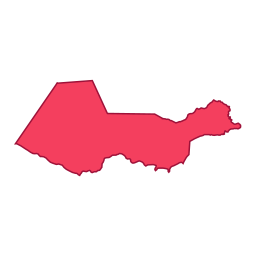 La Sorciere, Dennery, Saint Lucia (Albers equal-area conic projection)
{"feature_id": "8701671B33968538338102", "entity_name": "La Sorciere", "entity_type": "district", "adm_level": 2, "iso_a3": "LCA", "parent_name": "Saint Lucia", "parent_adm1": "Dennery", "projection": "albers", "projection_center": [-60.886, 13.974], "detail": "fine", "context": "isolated", "style": "filled", "palette": "rose", "viewbox_px": 256, "rotation_deg": 0, "n_neighbors": 0, "source": "geoboundaries", "source_scale": "gbopen_adm2", "svg_char_len": 5632}
<svg xmlns="http://www.w3.org/2000/svg" viewBox="0 0 256 256"><path d="M57.3,82.9L57.2,82.9L55.8,85.1L15.4,143.8L16.9,143.8L20.8,145.8L26.1,149.3L27.7,150.2L28.8,151.0L30.7,152.3L33.0,153.5L34.9,153.7L36.5,153.5L38.1,154.0L39.0,155.2L40.3,156.5L41.8,156.5L43.9,156.8L44.2,157.0L44.7,157.3L44.9,157.4L46.3,158.2L47.5,159.6L48.9,160.9L50.4,162.2L52.8,163.2L56.4,164.4L58.7,164.0L62.3,165.2L64.0,167.4L65.1,168.3L66.2,169.2L68.4,170.4L72.4,172.4L74.2,172.9L75.2,173.2L75.9,173.3L76.2,173.3L76.7,173.4L77.4,173.7L78.4,174.8L78.7,174.9L79.7,175.4L80.0,174.8L80.1,174.6L80.5,174.0L81.4,173.0L81.8,172.1L82.2,171.7L82.8,171.3L83.3,171.1L85.3,171.5L86.6,171.6L88.2,170.8L89.7,170.4L90.5,171.0L90.9,171.9L91.0,172.0L91.5,172.3L92.1,172.6L93.1,172.2L94.1,171.8L94.5,171.7L94.9,171.7L95.4,171.7L95.9,171.8L96.6,171.6L97.1,171.1L97.8,170.5L98.4,170.5L99.6,170.3L100.1,169.7L100.8,168.8L101.4,167.8L101.8,167.4L102.1,163.7L102.8,162.7L103.2,162.1L103.6,161.1L103.9,160.3L104.2,158.8L104.4,158.6L104.9,158.1L106.5,157.7L108.0,157.6L109.0,157.5L109.7,157.2L111.3,156.1L112.4,155.2L116.1,155.1L116.6,154.6L117.5,154.5L118.1,154.3L119.5,153.5L121.7,153.8L122.2,154.1L123.4,154.8L124.2,155.4L125.0,156.1L125.9,157.6L126.1,158.2L127.5,159.0L129.3,158.8L129.9,158.9L130.2,159.3L130.6,159.7L130.6,160.9L131.1,162.0L132.2,162.9L133.0,163.1L134.6,162.8L137.2,161.7L138.2,161.2L139.3,160.9L141.0,161.5L142.6,162.3L143.7,163.5L143.9,164.1L144.5,164.9L144.5,165.0L145.8,166.0L147.7,164.9L152.7,164.6L153.9,164.7L156.1,165.5L156.1,166.8L155.1,168.3L154.9,169.7L155.5,170.6L156.7,169.7L157.5,168.4L158.8,168.1L163.0,168.1L166.0,168.6L167.8,169.1L168.1,169.8L168.2,171.5L168.8,172.2L169.6,171.2L169.6,169.4L170.6,167.4L172.0,166.3L173.6,165.8L177.7,163.8L179.5,162.7L181.3,162.3L182.2,162.6L183.1,163.5L183.8,161.8L186.2,157.6L187.1,156.4L188.9,154.6L189.8,141.4L194.6,138.7L200.0,136.2L201.5,135.9L203.1,135.4L204.3,134.6L209.4,134.6L210.2,135.1L211.2,134.6L212.6,135.1L214.1,135.3L217.5,134.8L218.7,135.1L220.2,135.1L221.1,134.5L222.2,134.2L222.8,134.5L223.8,134.3L223.5,134.0L223.5,133.9L223.7,133.7L224.4,133.3L224.6,132.7L224.6,132.2L224.8,131.6L224.8,131.4L224.9,131.1L225.1,130.9L225.4,131.0L225.7,131.2L226.1,131.6L226.5,131.8L226.9,132.0L227.1,132.0L227.3,132.0L227.8,131.9L228.1,131.8L228.1,131.5L228.1,131.3L228.3,131.1L228.6,130.8L229.0,130.4L229.2,130.1L229.6,129.7L229.9,129.5L230.3,129.3L230.8,129.1L231.4,129.0L231.8,128.9L232.3,128.9L233.1,128.9L233.9,128.6L234.3,128.5L235.0,128.5L235.6,128.6L236.9,128.5L237.3,128.7L237.5,128.7L237.8,128.8L238.1,128.8L238.4,128.7L238.6,128.6L239.0,128.4L239.4,128.0L239.5,128.0L239.8,127.9L240.3,127.6L240.4,127.2L240.6,127.0L240.6,126.8L240.6,126.5L240.6,126.3L240.5,126.1L240.5,125.8L240.6,125.4L240.5,125.1L240.3,124.9L239.9,124.7L239.6,124.3L239.6,124.2L239.4,124.1L239.2,124.0L239.1,123.9L238.9,123.7L238.6,123.4L238.3,123.3L238.1,123.2L237.9,123.3L237.3,123.5L236.4,123.8L236.1,123.9L235.6,124.1L235.2,124.2L234.7,124.2L234.4,124.1L234.1,124.0L234.0,123.9L233.3,123.4L232.9,123.1L232.6,123.0L232.4,122.8L231.6,122.3L231.4,122.2L231.2,121.6L231.1,121.4L231.0,121.2L231.0,120.8L231.1,120.7L231.3,120.6L231.6,120.4L231.7,120.2L231.8,120.0L231.8,119.9L231.6,119.7L231.4,119.6L230.9,119.5L230.5,119.4L230.3,119.3L230.3,119.2L230.4,118.8L230.3,118.7L230.1,118.7L229.8,118.8L229.6,118.8L229.1,118.6L229.2,118.3L229.5,118.1L229.8,117.9L230.1,117.6L230.3,117.3L230.3,117.1L230.1,116.9L230.0,117.0L229.8,117.1L228.9,116.9L228.6,116.7L228.4,116.6L228.2,116.3L228.2,116.1L228.1,115.9L228.3,115.4L228.3,115.2L228.2,115.0L228.0,114.8L228.1,114.6L228.3,114.5L228.5,114.5L228.6,114.4L228.7,114.0L228.7,113.8L228.5,112.7L228.5,112.2L228.5,111.8L228.6,111.5L228.8,111.4L229.1,111.1L229.5,111.0L229.7,110.9L229.8,110.9L230.0,110.7L230.0,110.4L230.0,110.1L230.0,109.6L230.0,109.4L229.7,108.8L229.6,108.6L229.2,108.2L229.1,107.9L229.1,107.5L229.2,107.4L229.3,107.2L229.4,106.9L229.4,106.7L229.2,106.5L228.9,106.5L228.5,106.7L228.3,106.8L228.1,106.8L228.0,106.7L228.0,106.4L227.9,106.4L227.5,106.4L227.3,106.2L226.6,105.3L226.2,104.9L225.8,104.6L225.5,104.6L224.9,104.5L224.5,104.2L224.2,104.1L223.5,103.6L222.9,103.2L222.5,102.6L222.2,102.3L222.1,102.2L221.9,102.2L221.4,102.2L221.1,102.1L220.8,102.0L220.6,101.8L220.5,101.6L220.4,101.3L220.3,101.1L220.1,101.1L219.6,101.1L219.2,101.0L218.9,100.9L218.4,101.0L218.2,101.4L218.1,101.5L217.7,101.5L217.1,101.5L215.7,101.2L215.0,100.8L214.6,100.5L214.1,100.2L213.7,100.0L212.9,100.9L212.6,101.3L212.1,102.0L211.5,102.3L210.0,103.2L209.5,103.8L209.1,104.1L208.2,104.9L207.8,105.3L207.7,105.5L207.3,106.3L207.2,106.6L206.8,107.2L206.5,107.6L206.2,107.8L205.8,108.0L205.7,108.1L205.0,108.4L204.4,108.6L204.0,108.6L203.5,108.5L203.1,108.4L202.8,108.4L202.5,108.3L201.7,108.0L201.4,108.0L201.0,108.0L200.8,108.1L200.7,108.3L200.0,108.7L199.0,109.2L198.8,109.3L198.4,109.1L198.1,108.9L197.8,108.8L197.4,108.5L197.0,108.5L196.8,108.6L196.7,108.6L196.5,108.8L196.0,109.5L195.6,110.2L195.3,110.7L195.2,111.0L195.0,111.3L194.5,112.0L193.9,112.5L193.0,113.2L192.7,113.3L192.3,113.5L191.8,113.6L191.4,113.6L191.1,113.6L190.6,113.6L190.1,113.7L189.6,113.8L189.1,114.0L188.7,114.2L187.9,114.9L187.4,116.8L186.6,118.1L186.2,118.6L185.8,119.3L185.5,119.5L184.2,120.1L183.8,120.2L182.3,121.0L181.5,121.2L180.5,121.7L179.2,121.7L178.2,122.2L176.8,122.6L175.9,122.9L174.1,122.0L172.7,121.3L171.4,120.6L170.7,120.6L170.2,120.5L169.7,120.0L169.0,119.5L167.8,119.2L167.1,119.3L166.3,119.3L165.5,119.0L165.0,118.8L164.1,118.8L163.5,118.7L162.8,118.5L162.5,118.6L162.5,118.4L154.7,114.1L107.6,113.5L107.2,113.1L92.3,80.6L57.5,83.2L57.3,82.9Z" fill="#f43f5e" stroke="#9f1239" stroke-width="1.5"/></svg>